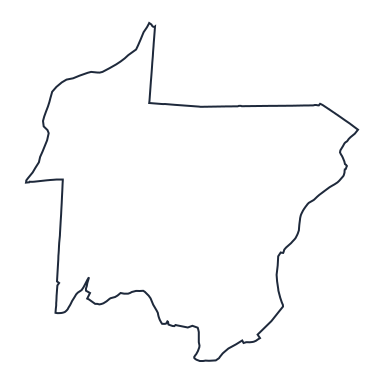 outline of Nicolae Balcescu, Calarasi, Romania
{"feature_id": "2599482B57162776684646", "entity_name": "Nicolae Balcescu", "entity_type": "district", "adm_level": 2, "iso_a3": "ROU", "parent_name": "Romania", "parent_adm1": "Calarasi", "projection": "orthographic", "projection_center": [26.755, 44.444], "detail": "fine", "context": "isolated", "style": "outline", "palette": "slate", "viewbox_px": 384, "rotation_deg": 0, "n_neighbors": 0, "source": "geoboundaries", "source_scale": "gbopen_adm2", "svg_char_len": 4361}
<svg xmlns="http://www.w3.org/2000/svg" viewBox="0 0 384 384"><path d="M260.0,338.1L258.6,336.1L257.6,334.6L271.4,321.1L279.6,310.8L283.0,306.6L282.9,304.9L281.8,302.4L280.2,297.6L278.4,290.7L278.2,288.8L277.1,281.4L276.6,274.8L277.7,265.5L278.2,256.3L280.7,252.5L281.9,252.8L283.2,252.9L283.6,251.9L284.3,249.6L286.1,247.5L288.5,245.4L291.0,243.2L292.6,241.4L294.4,239.5L294.9,238.9L295.6,238.0L297.1,235.1L297.9,233.3L298.1,232.6L298.9,230.3L298.9,230.0L299.3,225.0L299.5,223.3L300.0,219.6L300.1,218.5L300.3,217.4L300.8,215.3L301.4,213.8L301.9,212.8L303.0,210.6L304.0,209.0L305.6,206.7L305.9,206.3L306.8,205.2L307.3,204.4L308.1,203.6L308.7,202.9L313.7,200.0L314.3,199.5L316.7,197.2L317.1,196.8L319.4,194.8L324.6,190.9L329.6,187.2L332.3,185.6L334.6,184.3L337.5,182.4L339.2,180.8L343.3,176.1L343.8,175.1L344.5,172.6L344.6,170.5L344.8,169.8L344.8,169.4L345.6,169.2L346.1,168.1L346.4,167.1L346.9,166.0L345.9,164.7L345.0,164.1L344.6,162.6L344.4,161.6L343.5,159.4L342.9,157.9L342.7,157.5L342.1,156.2L341.6,155.4L340.9,154.3L340.0,152.4L340.4,150.3L341.5,148.5L342.0,147.7L343.1,145.9L344.1,144.0L344.7,143.1L345.5,142.3L346.8,141.5L347.4,140.9L348.7,139.0L349.7,138.0L350.5,137.2L354.8,133.7L358.0,129.7L355.3,127.7L349.3,123.2L344.9,120.2L340.8,117.3L330.4,110.2L325.6,107.0L322.9,105.2L322.4,104.9L321.0,104.2L320.1,103.8L318.8,105.4L317.7,105.3L316.2,105.0L315.1,105.0L314.7,105.0L313.7,105.3L312.7,105.4L303.1,105.5L293.2,105.7L282.6,105.8L268.2,105.9L241.7,106.2L241.0,105.9L238.8,105.9L237.8,106.3L229.7,106.4L229.4,106.4L227.3,106.4L214.4,106.6L208.1,106.7L201.4,106.8L200.4,106.8L199.0,106.6L174.4,104.8L164.8,104.0L163.5,104.1L161.7,104.0L155.4,103.5L149.2,103.0L149.3,102.3L149.5,100.6L150.9,81.3L151.2,77.8L151.6,72.5L152.0,67.0L152.3,62.4L152.8,56.6L153.1,51.5L153.5,46.7L153.7,43.5L154.2,37.2L154.7,30.7L154.8,29.0L154.9,28.4L154.9,27.8L155.0,26.5L154.5,26.9L153.8,26.9L153.1,26.7L152.0,25.7L151.5,24.6L151.1,24.3L149.2,23.0L148.7,24.1L148.1,25.1L147.5,26.3L146.8,27.5L143.6,32.2L140.7,39.3L138.1,45.3L136.1,49.5L132.2,52.3L128.3,55.1L124.7,58.4L120.6,61.5L116.2,64.4L109.5,68.2L102.5,71.9L99.7,72.6L97.1,72.5L91.1,71.9L87.7,72.8L79.7,75.6L73.1,78.3L66.5,79.6L61.8,82.4L56.5,86.8L52.2,91.7L50.4,98.1L49.4,102.0L48.0,106.4L46.0,111.6L44.2,116.6L43.0,121.0L43.7,126.4L47.5,130.1L48.7,133.2L47.1,140.3L42.6,151.4L40.1,157.0L38.9,162.3L35.4,167.8L32.7,172.4L27.8,178.4L26.3,180.4L26.2,181.5L26.0,182.6L29.2,182.3L29.6,181.7L30.5,181.8L32.6,181.8L34.2,181.7L35.0,181.6L36.9,181.4L46.9,180.3L48.2,180.2L50.2,180.0L53.2,179.8L55.6,179.6L57.3,179.5L61.4,179.5L62.8,179.5L62.8,180.4L62.6,183.6L62.3,190.7L62.0,196.5L61.7,203.2L61.3,210.4L61.1,214.7L60.7,220.9L60.4,226.1L60.0,233.2L59.9,235.7L59.2,242.8L59.0,246.1L58.8,250.5L58.6,253.5L58.4,255.9L58.3,259.4L57.8,267.7L57.0,281.4L59.1,283.0L57.4,285.4L57.1,288.8L56.7,294.4L56.6,295.5L56.4,300.6L56.2,303.1L56.2,305.2L56.1,306.3L55.8,308.9L55.5,312.8L55.9,312.9L57.1,313.1L59.4,313.1L61.2,313.0L62.8,312.7L64.1,312.3L65.0,311.9L66.4,310.7L67.3,309.7L67.9,308.9L68.4,307.8L68.9,307.0L70.2,304.9L71.2,302.9L72.1,301.0L74.5,297.2L76.2,294.3L77.0,293.5L77.7,292.7L81.6,290.1L83.5,287.3L85.4,283.7L87.4,279.8L88.9,277.3L88.8,278.1L88.3,279.8L87.3,283.1L86.8,286.0L85.9,288.7L86.0,290.7L90.0,293.0L87.2,298.6L88.9,299.4L95.2,303.9L97.4,303.9L99.4,304.4L101.4,304.0L103.4,303.3L106.6,301.3L109.6,298.8L110.6,298.2L115.1,297.0L117.6,295.5L120.6,293.0L124.3,293.7L128.0,293.7L130.0,293.0L131.8,292.0L136.1,290.9L139.7,291.0L143.2,290.8L144.8,291.8L148.7,295.7L150.6,298.4L153.2,304.7L156.6,310.5L157.8,312.8L158.2,314.9L158.5,316.2L158.9,317.5L159.8,319.9L161.2,322.5L162.1,323.8L163.4,323.9L164.8,323.9L166.0,323.6L166.6,322.9L167.4,321.4L168.0,321.8L168.2,322.6L168.1,323.2L168.1,323.7L168.5,324.0L168.6,324.6L169.1,324.8L172.6,326.0L174.4,326.1L175.5,325.0L176.1,325.1L176.7,325.3L179.8,325.9L187.8,327.5L192.4,325.8L197.7,327.7L198.2,329.3L198.8,332.1L198.8,340.0L198.8,342.2L199.1,343.6L199.5,345.6L199.3,347.3L197.9,351.1L196.2,354.2L195.2,355.4L194.2,357.0L194.3,358.0L195.1,358.8L196.4,359.7L199.8,361.0L203.1,361.0L205.6,360.6L209.0,360.8L215.8,360.4L219.0,358.2L220.1,356.6L222.7,353.4L224.4,351.9L228.4,348.5L236.1,344.3L242.2,340.5L243.6,343.0L246.2,342.2L248.0,342.2L249.4,342.3L250.5,342.2L252.3,342.0L253.8,341.7L255.9,340.8L257.9,339.4L260.0,338.1Z" fill="none" stroke="#1e293b" stroke-width="2"/></svg>